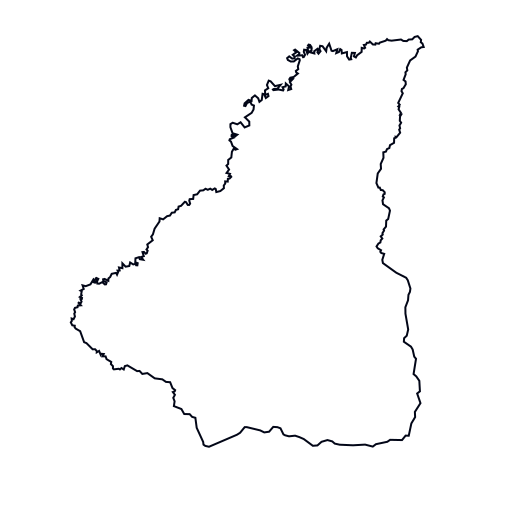 Chigorodó, Antioquia, Colombia, rotated 83°
{"feature_id": "7082276B26986898364485", "entity_name": "Chigorodó", "entity_type": "district", "adm_level": 2, "iso_a3": "COL", "parent_name": "Colombia", "parent_adm1": "Antioquia", "projection": "albers", "projection_center": [-76.703, 7.613], "detail": "fine", "context": "isolated", "style": "outline", "palette": "ink", "viewbox_px": 512, "rotation_deg": 83, "n_neighbors": 0, "source": "geoboundaries", "source_scale": "gbopen_adm2", "svg_char_len": 5972}
<svg xmlns="http://www.w3.org/2000/svg" viewBox="0 0 512 512"><g transform="rotate(83 256 256)"><path d="M453.0,126.3L441.1,122.2L435.3,117.7L430.1,117.3L422.1,110.7L412.1,112.8L410.3,109.8L399.8,109.1L395.0,111.6L392.4,114.0L377.5,109.7L375.2,111.2L367.9,111.9L364.9,113.2L359.1,119.7L355.6,119.0L353.5,116.1L347.5,113.9L331.5,114.7L325.1,114.0L318.5,110.5L313.1,109.4L310.4,107.6L307.1,106.7L298.6,108.3L295.9,109.6L289.7,118.8L278.5,130.9L275.2,131.1L269.5,128.5L268.3,131.3L267.0,132.1L265.5,131.2L263.2,134.2L261.2,135.2L258.6,133.0L257.7,130.9L255.6,130.3L254.1,128.5L251.7,129.8L250.2,127.6L248.7,127.7L246.4,125.8L245.2,126.1L242.7,123.4L236.7,122.4L235.4,120.3L227.3,117.5L224.8,118.2L220.1,123.6L216.2,123.7L213.4,121.9L212.4,122.9L210.4,122.0L210.0,120.7L208.4,120.5L206.1,122.2L205.7,124.1L203.2,124.8L203.0,126.2L198.3,127.6L188.9,125.1L184.7,121.3L179.9,121.0L174.1,117.5L168.6,117.0L168.2,114.3L165.9,113.0L165.1,110.5L162.3,109.5L160.5,105.2L156.0,104.5L155.6,102.9L154.7,102.9L155.1,102.0L151.2,97.9L148.0,98.5L146.9,97.4L143.9,97.7L141.4,95.7L139.3,96.8L135.0,96.0L133.4,94.7L133.3,95.8L131.6,94.7L127.8,96.6L125.4,95.6L124.9,96.5L123.4,94.9L121.4,96.2L112.4,90.5L110.1,91.5L108.0,90.8L107.4,89.2L103.8,86.4L101.0,86.3L99.2,88.1L93.9,85.3L91.9,85.3L90.2,83.2L87.4,83.3L80.7,79.2L77.5,73.4L72.5,70.3L70.9,70.4L69.0,66.5L69.0,64.1L65.4,64.9L63.9,66.4L61.6,65.8L57.5,68.7L57.9,71.9L60.0,74.5L59.8,78.1L61.1,80.1L60.5,83.6L58.8,85.7L58.8,95.2L57.9,98.5L56.7,99.5L58.1,101.0L59.3,107.1L60.3,108.1L59.4,111.3L60.7,111.8L60.3,114.2L57.0,116.9L58.1,118.0L57.9,120.0L59.6,121.1L59.7,123.2L62.6,122.3L63.2,123.4L62.3,125.7L66.3,126.3L69.1,131.2L71.1,132.7L69.8,134.5L66.5,133.1L66.0,136.1L70.9,137.8L72.3,137.5L72.4,139.6L68.9,141.3L64.7,140.9L65.4,146.1L61.9,146.0L60.9,147.2L63.6,148.8L64.4,151.6L60.7,150.1L62.0,154.7L61.5,156.0L54.2,157.5L57.9,160.5L61.3,161.4L55.9,164.4L55.2,166.7L58.3,167.9L60.6,167.0L62.8,169.3L61.3,170.2L59.0,169.0L57.8,169.7L59.9,173.3L62.1,173.4L60.4,177.5L59.4,177.8L59.0,175.9L55.5,175.4L53.1,176.6L52.6,178.0L53.4,178.7L55.7,176.4L55.6,179.5L60.2,179.2L61.5,180.3L57.6,181.2L57.1,183.1L59.2,183.7L62.3,182.8L64.4,184.4L64.4,185.1L62.4,185.6L62.2,190.9L60.9,188.5L59.8,188.2L55.9,192.0L56.4,193.1L58.7,191.1L60.8,195.0L63.0,193.3L64.5,193.6L64.5,196.0L61.9,198.7L63.4,201.0L65.3,200.5L67.2,197.8L67.5,194.7L65.0,190.5L65.9,188.8L67.1,188.7L72.9,191.4L75.7,191.3L77.2,193.9L78.7,193.7L80.0,192.2L82.9,196.8L83.2,200.2L84.6,201.4L85.6,201.1L83.9,199.2L84.7,197.7L87.5,201.2L90.3,200.0L91.9,201.1L94.6,200.7L95.2,203.8L91.7,202.5L88.4,205.4L91.3,205.9L91.7,209.1L94.0,208.3L95.0,208.9L93.5,213.3L93.5,218.5L92.8,218.9L92.4,218.0L92.6,214.4L89.1,210.7L89.7,216.5L84.4,220.2L83.5,222.0L87.6,224.3L91.0,223.4L92.7,226.9L97.3,227.2L96.5,224.4L98.8,224.1L100.4,227.0L96.4,228.2L95.8,229.7L101.9,231.3L103.4,233.8L99.7,234.6L96.5,237.5L98.6,240.9L101.5,241.5L100.1,244.4L103.1,248.7L105.4,249.5L105.9,248.2L103.0,246.2L102.2,242.8L105.2,241.9L106.4,239.7L110.3,240.6L113.4,242.9L117.0,250.1L121.8,246.3L125.6,246.7L127.0,251.6L121.4,255.0L123.0,258.5L120.9,262.9L122.0,265.3L125.0,265.7L131.3,264.3L133.3,259.8L134.5,261.8L133.0,265.4L134.0,265.7L135.8,263.7L136.9,267.8L138.0,268.3L139.4,266.9L144.0,265.8L147.6,261.8L148.0,263.6L146.6,264.9L149.6,267.2L155.2,268.5L157.3,271.9L161.3,272.4L162.7,274.3L166.9,272.2L170.0,275.1L171.3,271.8L173.4,273.2L173.6,271.3L174.4,270.9L175.9,272.8L176.0,274.5L178.7,275.0L178.2,277.5L180.3,277.7L182.1,279.4L184.8,279.6L187.2,283.5L187.7,287.6L184.6,287.8L183.9,288.7L185.1,291.4L183.6,293.2L184.4,295.8L183.1,297.9L184.4,300.3L184.3,303.6L187.6,306.9L187.9,310.5L191.7,311.4L191.5,314.9L192.9,315.5L196.0,315.0L197.2,316.1L197.0,317.5L194.0,318.9L193.5,320.0L197.1,324.3L197.5,326.8L200.1,327.6L200.5,329.9L202.8,331.4L202.8,334.3L205.4,336.5L205.6,339.3L208.3,343.7L206.8,347.0L210.0,347.6L216.5,353.3L222.0,355.7L224.1,357.7L227.8,356.6L231.3,362.5L234.1,362.1L236.2,363.9L237.5,362.9L240.0,364.1L240.3,365.2L238.3,366.7L238.3,368.2L242.5,367.4L243.0,370.1L246.0,368.4L245.0,371.7L242.9,372.3L243.6,375.9L247.5,376.6L248.7,374.3L250.8,374.9L250.6,376.1L249.1,376.6L249.4,378.9L247.1,381.7L250.5,383.0L250.7,386.7L247.0,389.5L251.8,390.1L250.7,393.4L253.7,393.1L253.6,395.1L254.8,394.6L257.6,396.2L255.7,396.9L256.1,401.4L259.1,403.3L260.3,405.2L262.6,405.6L260.3,409.1L260.5,410.6L262.0,410.6L264.0,407.5L265.8,408.3L265.8,409.5L263.2,411.8L264.4,415.1L264.0,416.9L261.7,416.8L259.5,415.3L258.3,417.2L258.7,417.8L261.2,417.3L262.9,419.0L262.3,420.2L260.2,419.4L259.3,420.1L264.0,423.8L265.2,428.7L264.0,431.7L267.7,431.0L269.0,434.4L269.8,433.3L272.7,434.2L273.8,433.7L275.2,435.8L276.4,433.8L277.4,434.1L277.5,435.5L280.0,434.7L281.6,435.8L280.3,438.3L283.6,435.9L283.5,438.9L285.1,439.4L285.4,442.0L286.9,443.0L289.7,442.4L291.1,443.4L294.0,443.1L296.5,444.8L295.6,446.6L298.0,446.7L299.3,447.9L302.4,446.8L303.1,444.4L304.6,444.7L306.1,443.8L309.2,439.7L320.6,437.1L321.8,434.9L328.7,429.5L329.0,427.0L331.0,425.6L332.2,425.8L331.1,423.3L335.2,422.2L334.2,421.4L334.7,419.1L336.9,420.6L337.3,417.5L340.2,416.9L343.5,412.6L345.6,413.2L347.9,411.4L350.2,411.7L351.2,410.9L351.2,406.0L352.0,404.9L350.8,403.2L352.5,401.1L349.3,399.6L348.9,397.0L355.8,388.0L355.9,385.6L359.2,383.2L359.0,378.1L365.1,371.4L367.0,364.0L370.0,360.7L370.8,356.6L376.9,355.0L379.3,352.6L380.4,353.2L380.9,355.1L383.9,353.4L386.7,355.4L390.3,354.5L395.0,355.8L398.8,348.7L404.1,346.5L404.9,341.1L407.9,339.0L409.2,335.9L419.3,335.8L434.1,331.1L436.8,331.1L438.3,329.5L439.6,325.9L431.1,296.7L429.5,293.3L424.5,288.1L424.7,286.1L429.6,273.1L432.1,269.3L432.0,264.4L427.7,259.7L428.5,255.6L430.0,252.7L436.4,250.5L437.5,249.0L439.0,245.2L439.1,239.1L441.0,235.1L443.5,230.9L451.3,222.7L451.5,218.1L448.4,213.6L447.4,207.5L449.3,202.9L451.8,200.7L453.5,195.9L455.7,182.8L456.5,170.7L459.4,163.3L457.4,159.9L456.4,148.3L454.8,145.3L456.5,133.5L452.5,129.4L453.0,126.3Z" fill="none" stroke="#020617" stroke-width="2"/></g></svg>